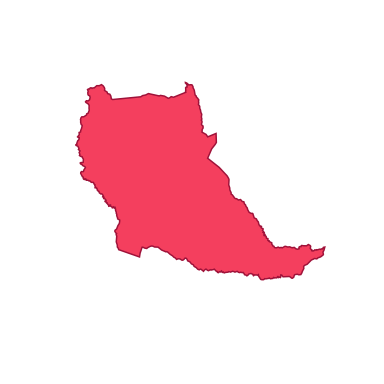 the district of Balama, Cabo Delgado, Mozambique, rotated 304°
{"feature_id": "85939544B22682737370097", "entity_name": "Balama", "entity_type": "district", "adm_level": 2, "iso_a3": "MOZ", "parent_name": "Mozambique", "parent_adm1": "Cabo Delgado", "projection": "orthographic", "projection_center": [38.406, -13.54], "detail": "fine", "context": "isolated", "style": "filled", "palette": "rose", "viewbox_px": 384, "rotation_deg": 304, "n_neighbors": 0, "source": "geoboundaries", "source_scale": "gbopen_adm2", "svg_char_len": 6063}
<svg xmlns="http://www.w3.org/2000/svg" viewBox="0 0 384 384"><g transform="rotate(304 192 192)"><path d="M254.0,179.2L246.5,174.2L247.6,171.5L247.2,166.9L249.5,165.5L251.4,165.4L252.0,164.7L252.8,164.4L253.0,162.7L253.5,161.9L255.6,161.2L256.4,160.5L256.8,159.5L258.0,159.4L259.3,157.9L261.9,156.6L263.0,154.8L264.8,153.1L265.7,151.6L267.0,150.8L267.6,150.0L268.0,148.5L269.7,147.7L271.2,146.4L272.1,146.2L272.9,144.2L273.2,142.5L273.9,141.9L274.1,140.4L277.7,136.9L279.1,134.5L280.0,133.8L280.8,132.0L280.0,130.6L279.0,129.6L279.4,126.7L279.1,125.3L278.6,125.7L278.7,126.3L277.5,128.6L276.1,129.1L275.9,128.6L274.9,128.4L272.5,130.2L272.0,130.2L271.2,131.1L260.2,123.7L259.4,121.4L257.5,120.8L256.4,119.9L256.1,115.6L254.5,111.9L253.3,111.1L249.2,100.8L246.5,99.3L244.3,97.1L242.3,96.3L224.3,74.5L224.1,73.1L226.2,71.0L227.1,69.2L226.4,67.0L227.4,65.7L227.3,62.7L228.7,62.0L229.5,61.0L230.3,59.1L230.4,56.9L228.3,55.7L226.9,53.6L223.6,52.7L223.0,51.7L222.0,51.2L222.1,50.4L221.7,49.7L221.0,49.3L220.1,49.4L219.5,48.5L218.5,48.1L217.5,49.6L216.0,50.1L214.5,51.4L214.3,52.1L214.5,53.4L213.4,54.7L211.2,55.5L209.4,54.9L208.6,53.4L207.2,53.3L206.9,54.1L207.0,56.5L206.3,58.3L203.7,59.9L202.3,61.1L199.2,61.8L197.9,61.0L196.9,61.5L193.8,60.2L192.7,58.6L191.3,58.5L189.6,59.1L188.9,59.9L187.6,60.6L186.0,62.4L185.8,63.7L185.3,64.0L182.6,65.0L180.9,65.3L179.4,66.0L178.2,65.1L176.5,66.5L173.7,66.3L173.6,67.4L174.1,68.0L173.3,68.6L171.7,68.9L170.5,68.6L167.9,69.3L167.2,69.9L166.4,69.3L166.0,69.4L165.8,69.9L166.1,71.8L164.9,73.9L163.7,74.1L163.5,76.0L162.7,76.3L161.7,76.3L160.5,78.0L159.3,78.3L159.3,79.7L159.8,81.2L159.4,81.6L158.5,83.6L155.7,85.2L154.9,84.4L154.5,83.6L153.6,83.1L153.2,83.5L153.0,84.1L153.2,85.7L152.8,86.5L153.1,89.0L152.6,90.0L150.0,90.0L148.4,90.5L147.9,90.3L147.2,89.0L146.1,88.8L145.2,89.3L143.4,92.6L143.5,93.5L142.5,94.2L142.1,94.9L142.1,95.3L142.7,95.2L142.6,96.2L143.4,96.5L143.3,97.3L142.7,97.5L142.7,97.9L143.6,99.2L143.6,100.5L144.1,100.9L143.7,103.1L144.8,104.9L143.7,106.7L143.8,107.4L142.9,107.9L142.6,108.7L141.3,109.2L141.4,109.6L142.0,110.0L142.0,110.7L141.5,111.2L141.4,111.9L140.6,112.4L140.6,113.1L140.2,113.9L140.5,114.5L139.5,115.6L139.4,117.6L140.0,118.1L139.9,119.1L139.3,120.4L138.7,120.5L139.0,120.8L138.9,121.2L137.9,121.4L138.0,122.3L137.2,122.5L137.6,123.7L137.1,125.4L136.7,125.6L135.7,125.0L135.5,125.4L135.9,126.1L135.3,126.7L135.6,127.5L135.0,127.8L134.9,128.7L134.5,129.4L134.6,130.3L133.7,131.0L134.2,131.5L135.2,131.3L135.6,131.7L134.7,132.3L134.9,133.8L134.3,134.8L134.7,135.4L135.7,135.2L135.7,136.3L136.3,136.6L135.9,137.3L135.2,137.3L135.1,138.2L133.9,139.0L132.9,140.5L131.9,141.2L131.5,142.1L130.6,142.6L129.5,143.8L129.0,144.8L128.2,145.3L128.1,146.1L128.4,147.6L127.7,148.2L125.4,149.3L122.6,149.4L119.1,150.2L117.3,149.6L116.4,149.9L115.5,151.5L115.4,152.7L114.3,152.9L113.3,154.3L108.3,157.1L106.3,159.7L104.6,160.9L104.1,162.4L103.2,163.5L108.8,184.8L112.2,183.2L118.3,181.5L118.8,182.3L119.1,184.4L119.9,186.1L120.9,186.3L123.5,187.7L124.8,188.9L125.3,190.2L125.4,191.6L127.3,194.7L126.9,199.2L127.8,203.9L128.4,204.4L128.6,205.3L128.1,208.8L128.2,211.5L127.8,213.3L128.0,215.1L127.5,216.9L128.7,217.7L129.4,218.6L129.8,219.8L129.8,221.6L130.3,222.5L131.5,223.0L133.3,223.2L133.8,224.4L133.3,225.9L132.5,226.8L132.9,229.3L132.1,231.7L132.4,233.8L131.5,235.4L131.7,237.8L131.2,239.9L131.5,241.5L132.7,242.0L133.0,242.7L132.7,245.9L133.9,245.9L135.7,246.5L136.0,247.1L135.7,248.5L136.0,249.7L137.8,250.6L137.9,251.5L138.6,251.8L139.1,252.7L140.5,253.6L139.9,256.3L140.2,257.6L139.6,258.1L140.0,259.1L141.3,259.3L141.6,260.3L143.0,260.5L142.9,261.1L142.3,261.8L142.4,262.3L143.2,262.7L142.9,263.9L144.1,264.8L145.8,266.8L146.6,267.0L147.2,268.8L148.9,269.9L149.4,271.1L149.6,272.4L151.5,273.8L151.4,275.4L151.9,276.7L152.8,277.3L153.2,278.8L153.9,279.3L153.5,280.8L152.8,281.8L153.3,283.1L153.2,284.4L154.8,285.0L155.7,284.9L157.4,286.4L157.8,288.8L157.0,289.5L157.0,289.9L158.3,290.2L159.0,291.6L159.6,292.2L159.7,293.1L160.5,293.3L159.6,294.1L158.0,297.8L158.1,298.4L159.0,300.0L159.6,300.5L160.9,300.8L161.2,301.7L163.3,303.9L163.9,304.1L163.9,305.5L165.6,307.4L166.8,307.5L166.9,308.5L167.3,308.7L167.9,309.9L168.5,310.4L169.8,310.3L170.0,310.7L169.4,311.3L169.4,311.6L170.4,312.0L170.4,313.0L171.1,313.1L172.9,312.0L173.3,312.8L172.6,314.9L176.3,319.8L176.5,320.6L176.3,322.7L176.6,323.4L178.1,324.0L180.5,323.3L181.0,323.5L182.7,325.2L183.1,326.9L184.4,328.4L186.4,328.3L187.8,327.9L191.1,327.5L192.5,326.3L193.4,326.2L194.4,326.5L196.5,327.9L202.4,329.0L204.4,330.3L205.2,330.5L206.4,332.9L207.8,333.2L210.1,334.9L213.0,335.9L213.8,335.8L215.4,334.2L217.4,334.0L220.6,332.9L219.6,331.9L217.8,332.0L217.3,331.2L216.3,330.7L216.2,330.0L214.1,328.2L213.8,327.5L213.2,327.4L212.8,326.2L211.3,325.8L210.4,324.6L210.3,324.1L211.0,323.8L210.9,323.2L211.4,321.6L213.4,320.7L213.7,319.6L213.5,317.8L211.5,317.1L209.9,314.7L209.0,312.8L208.3,312.6L207.7,312.9L207.1,312.0L206.4,311.6L205.6,311.8L204.9,312.5L203.5,311.4L203.0,309.8L203.3,307.9L202.9,307.6L202.6,306.9L201.8,306.3L201.3,304.6L201.3,303.8L199.9,302.1L199.3,300.0L198.9,299.4L196.1,298.0L195.9,296.9L194.7,295.8L194.5,294.2L193.0,293.3L192.3,292.1L192.1,291.4L192.8,290.3L192.5,289.1L193.0,288.6L193.1,287.6L194.5,286.5L194.1,283.5L194.7,283.2L194.3,282.0L195.8,281.0L195.3,279.6L196.6,278.3L196.9,277.0L196.2,276.4L196.2,276.1L196.7,276.1L197.2,276.6L197.5,276.4L197.7,275.8L197.4,275.1L198.7,274.6L198.3,273.5L199.2,273.5L199.6,271.9L200.9,271.8L201.3,271.4L201.0,269.6L201.5,268.9L202.3,268.8L202.2,268.2L201.7,267.7L202.1,267.0L202.3,265.8L204.3,263.7L204.7,262.1L205.7,260.4L205.3,258.1L208.1,254.5L208.0,253.8L207.3,253.0L207.1,250.7L208.5,248.0L209.7,246.7L210.3,244.7L211.2,243.7L211.5,242.1L212.9,240.4L212.2,239.0L212.9,236.5L211.3,234.9L211.4,232.7L210.8,231.7L210.8,230.4L211.3,229.6L212.2,226.9L212.1,225.7L213.4,224.7L214.8,222.3L216.6,220.9L218.4,218.5L222.9,215.8L223.7,214.8L225.0,212.1L227.6,200.8L228.7,186.1L238.8,184.2L244.3,184.6L246.7,184.5L254.0,179.2Z" fill="#f43f5e" stroke="#9f1239" stroke-width="1.5"/></g></svg>